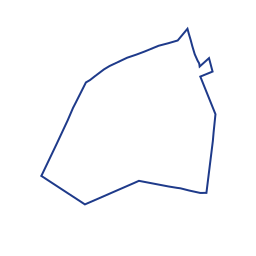 the district of Eayoune El Atrous, Hodh el Gharbi, Mauritania, rotated 166°
{"feature_id": "47542326B47795340566920", "entity_name": "Eayoune El Atrous", "entity_type": "district", "adm_level": 2, "iso_a3": "MRT", "parent_name": "Mauritania", "parent_adm1": "Hodh el Gharbi", "projection": "natural_earth1", "projection_center": [-9.445, 16.825], "detail": "fine", "context": "isolated", "style": "outline", "palette": "blue", "viewbox_px": 256, "rotation_deg": 166, "n_neighbors": 0, "source": "geoboundaries", "source_scale": "gbopen_adm2", "svg_char_len": 625}
<svg xmlns="http://www.w3.org/2000/svg" viewBox="0 0 256 256"><g transform="rotate(166 128 128)"><path d="M173.4,164.3L176.4,160.9L184.7,150.0L201.1,129.8L222.8,103.5L223.7,102.5L188.3,64.3L135.8,73.1L130.2,74.1L102.9,61.5L95.0,58.1L91.7,56.8L83.9,52.6L73.6,47.5L67.6,46.1L48.8,94.9L45.8,103.6L39.8,120.2L45.4,160.4L32.3,162.3L32.5,176.2L43.6,170.3L43.3,173.4L44.2,176.6L45.4,183.4L45.8,191.7L45.9,198.3L46.2,204.8L46.3,209.9L58.6,200.9L68.4,200.5L78.4,200.4L93.4,198.2L102.0,197.2L111.8,196.4L130.9,192.6L137.1,190.7L147.7,186.2L153.3,183.7L157.8,182.4L173.4,164.3Z" fill="none" stroke="#1e3a8a" stroke-width="2"/></g></svg>